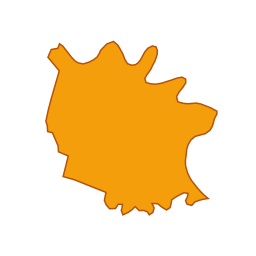 the district of São Carlos, Santa Catarina, Brazil, rotated 284°
{"feature_id": "56859067B22531693326931", "entity_name": "São Carlos", "entity_type": "district", "adm_level": 2, "iso_a3": "BRA", "parent_name": "Brazil", "parent_adm1": "Santa Catarina", "projection": "natural_earth1", "projection_center": [-53.023, -27.032], "detail": "fine", "context": "isolated", "style": "filled", "palette": "amber", "viewbox_px": 256, "rotation_deg": 284, "n_neighbors": 0, "source": "geoboundaries", "source_scale": "gbopen_adm2", "svg_char_len": 1790}
<svg xmlns="http://www.w3.org/2000/svg" viewBox="0 0 256 256"><g transform="rotate(284 128 128)"><path d="M193.2,41.2L188.3,40.6L185.6,34.5L181.2,33.8L177.3,33.2L166.9,47.4L163.8,47.4L137.5,46.4L125.8,46.3L114.7,46.7L110.5,49.2L105.1,50.9L105.2,55.8L93.7,64.5L88.1,66.3L86.4,76.8L65.2,76.8L64.8,88.5L60.2,122.2L52.1,122.6L48.4,125.2L45.2,129.7L46.8,135.3L51.7,137.0L52.5,141.1L49.4,141.5L46.4,141.4L42.5,144.1L46.2,148.7L49.9,151.8L53.5,154.0L50.6,158.8L51.8,163.0L51.4,167.0L48.9,169.6L52.0,172.5L56.7,172.7L60.6,169.6L61.7,175.0L59.3,180.3L57.8,185.2L61.0,188.1L65.0,188.1L68.8,187.8L71.5,190.0L75.3,193.9L78.8,198.1L79.0,202.2L74.8,202.2L71.5,201.4L68.4,203.6L68.3,208.6L72.5,210.8L75.4,215.2L77.2,218.5L79.0,222.8L81.1,218.4L83.9,213.7L86.3,210.3L89.3,206.3L92.4,202.3L95.0,199.8L98.8,196.7L102.0,194.8L105.3,193.0L110.2,191.6L115.3,191.0L119.0,190.5L122.2,190.1L126.6,190.4L131.5,191.9L136.0,195.0L138.7,199.8L141.3,204.5L145.5,208.0L149.2,209.2L152.6,209.6L156.5,209.6L159.4,209.9L163.0,210.9L165.8,210.2L167.6,203.3L168.2,198.4L168.9,192.8L168.7,188.3L167.6,185.0L166.0,180.1L165.3,175.8L165.5,170.0L170.3,167.5L175.2,168.9L181.0,171.5L185.7,173.1L189.4,172.1L190.4,168.2L188.9,164.7L186.9,161.3L184.7,158.1L182.5,154.4L179.9,150.3L177.3,144.6L176.4,139.6L176.5,134.5L179.9,132.4L183.5,133.2L187.5,134.8L191.0,136.0L195.1,136.8L198.9,137.8L203.8,138.4L207.3,138.4L210.2,137.8L213.5,135.5L213.5,131.8L210.1,127.9L205.9,125.9L201.7,124.8L197.1,123.6L193.6,122.0L191.2,119.9L189.8,116.4L190.3,111.9L193.8,108.4L198.5,105.1L201.9,102.0L205.9,98.1L208.5,93.0L204.4,87.1L199.6,84.3L196.8,82.7L193.4,82.1L189.5,80.9L186.2,78.4L182.7,74.5L179.4,69.2L179.1,64.0L180.3,60.3L183.0,56.0L187.2,50.7L189.6,47.6L191.7,44.9L193.2,41.2Z" fill="#f59e0b" stroke="#b45309" stroke-width="1.5"/></g></svg>